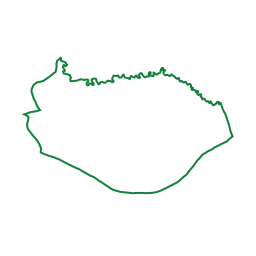 Atsaphone, Savannakhét, Laos (Mercator projection), rotated 8°
{"feature_id": "54806243B37030800305867", "entity_name": "Atsaphone", "entity_type": "district", "adm_level": 2, "iso_a3": "LAO", "parent_name": "Laos", "parent_adm1": "Savannakhét", "projection": "mercator", "projection_center": [105.412, 16.945], "detail": "fine", "context": "isolated", "style": "outline", "palette": "green", "viewbox_px": 256, "rotation_deg": 8, "n_neighbors": 0, "source": "geoboundaries", "source_scale": "gbopen_adm2", "svg_char_len": 5505}
<svg xmlns="http://www.w3.org/2000/svg" viewBox="0 0 256 256"><g transform="rotate(8 128 128)"><path d="M149.9,190.5L156.3,189.8L161.1,188.8L163.3,188.2L165.5,187.4L168.4,185.9L173.9,182.3L183.7,175.4L185.0,174.3L186.3,173.0L188.1,170.6L189.9,168.5L191.4,167.1L192.4,165.9L193.3,164.5L194.3,162.5L197.9,156.7L201.0,150.8L201.7,149.7L202.7,148.6L203.6,147.1L205.0,144.9L205.3,144.2L210.7,139.7L214.1,137.5L216.4,135.3L221.0,132.1L222.6,130.9L227.2,127.9L228.4,126.9L229.3,125.4L232.7,121.8L229.8,116.6L229.1,114.6L227.5,110.7L222.7,100.9L220.9,98.7L218.8,95.4L217.5,92.6L216.7,91.9L216.6,91.7L216.4,90.5L215.9,90.6L215.2,91.5L214.8,91.6L214.6,91.5L214.6,91.3L215.0,90.3L214.9,90.0L214.0,89.7L213.4,89.7L212.7,89.9L212.5,90.1L212.3,90.4L212.4,90.9L212.3,91.2L211.4,91.8L211.3,92.4L210.0,93.1L209.1,93.7L208.8,93.6L208.4,92.8L207.1,91.7L206.3,90.2L206.1,90.1L205.7,90.3L205.6,90.7L205.5,91.7L205.3,91.9L205.1,91.8L204.7,91.5L204.0,90.7L203.4,90.3L202.8,90.4L202.2,90.9L201.8,90.8L200.9,90.0L200.1,89.0L199.5,88.5L199.0,88.4L198.6,88.6L197.9,89.2L197.6,89.2L197.3,88.8L197.2,87.8L197.1,87.6L196.9,87.5L196.2,87.2L195.6,86.8L195.5,86.3L195.7,85.2L195.9,84.7L195.3,84.5L194.1,84.7L193.8,84.9L193.5,85.4L193.3,85.5L192.4,85.1L191.8,84.6L191.8,84.1L191.9,83.6L192.5,82.6L192.4,82.2L192.3,81.9L192.0,81.8L191.3,82.1L190.6,82.9L190.3,83.0L190.0,82.8L189.9,82.6L189.9,81.6L189.8,81.4L187.7,80.9L187.4,80.9L186.9,81.3L186.4,81.5L186.1,81.5L185.8,81.2L185.7,81.1L185.7,80.8L186.6,79.6L186.6,79.2L186.4,79.0L186.2,79.0L185.6,79.4L185.4,79.4L184.7,78.9L184.5,78.3L184.6,77.4L184.4,77.0L183.8,76.2L183.1,75.7L182.6,75.8L181.5,76.7L181.0,76.6L180.2,76.1L179.4,74.9L178.9,74.4L178.3,74.5L177.8,74.6L177.1,75.2L176.9,75.2L176.5,75.1L174.5,74.0L174.3,74.0L173.9,74.6L173.7,74.7L173.1,74.5L172.5,74.2L172.3,73.5L171.7,73.0L171.6,72.6L171.5,71.7L171.4,71.5L170.8,71.5L170.0,72.4L169.8,72.4L169.4,72.3L168.7,72.0L167.7,71.4L167.1,70.7L166.2,70.2L165.6,70.0L164.5,69.8L164.1,69.1L163.8,68.9L163.5,68.9L163.4,69.0L163.0,69.8L162.4,70.2L161.9,70.8L160.2,70.1L159.7,70.0L159.1,70.1L157.8,70.6L157.6,70.6L157.1,70.5L155.8,69.2L155.5,68.7L155.4,68.0L155.6,67.5L156.0,66.7L156.6,66.1L156.6,65.7L156.3,65.5L154.5,66.0L154.0,65.8L153.9,65.3L154.6,64.1L154.5,63.8L154.1,63.7L153.5,63.9L153.2,64.1L152.9,64.4L152.6,65.2L152.3,66.2L152.3,67.1L152.4,67.7L152.3,68.4L151.7,69.0L150.2,70.0L149.4,71.0L148.9,71.2L148.3,71.1L147.4,70.7L146.2,69.6L145.6,69.6L145.6,70.0L146.1,70.8L146.1,71.1L145.7,72.2L145.9,72.9L145.6,73.1L144.8,73.3L144.1,73.2L143.4,72.9L142.8,72.5L142.7,72.2L142.6,71.7L142.8,70.6L142.8,70.1L142.6,69.8L142.1,69.6L141.7,69.8L141.2,70.3L140.9,71.1L141.0,72.5L141.6,73.7L141.6,73.9L141.4,74.0L140.9,74.2L139.4,74.4L138.1,75.3L137.8,75.4L137.4,75.4L136.8,75.1L135.6,73.9L134.7,73.2L134.0,72.0L133.7,71.9L133.2,71.9L132.5,72.3L132.3,72.8L131.6,73.3L131.4,73.6L131.5,74.2L131.8,74.8L132.9,76.1L132.7,76.6L132.2,76.9L131.6,77.0L130.6,76.7L129.9,76.2L129.6,75.7L129.4,75.0L129.1,74.9L128.6,75.0L128.2,75.3L127.8,76.1L127.6,77.0L127.2,77.1L126.8,77.1L125.0,76.7L124.5,76.5L124.1,76.1L123.8,76.1L123.6,76.2L123.3,76.7L123.1,79.1L122.8,79.3L122.2,79.1L121.5,78.7L118.0,78.4L117.5,78.1L116.6,76.1L116.2,75.8L115.5,76.2L115.2,76.6L114.9,77.8L114.6,78.5L114.1,78.9L113.3,79.2L112.5,79.2L111.6,78.9L111.3,78.3L111.3,77.8L111.0,77.6L110.0,77.6L108.5,78.2L108.0,78.2L106.8,78.1L106.6,78.1L106.2,78.7L105.4,81.4L106.0,82.4L106.8,83.3L107.3,83.9L107.1,84.2L106.6,84.6L106.1,84.8L105.7,84.8L105.2,84.6L104.9,84.3L104.4,84.0L103.8,83.9L103.4,83.9L102.7,84.2L101.3,84.0L101.0,84.3L99.8,85.9L99.1,86.4L97.8,86.5L96.0,86.0L95.4,86.1L94.1,86.7L93.9,87.1L93.9,87.7L93.8,88.2L93.6,88.4L93.1,88.7L92.6,88.7L92.2,88.3L91.3,87.0L90.3,86.0L89.6,84.2L89.3,83.7L88.9,83.6L87.2,83.8L86.4,84.2L85.2,85.1L85.2,85.6L85.9,86.7L87.2,88.0L87.9,89.0L88.0,89.5L87.9,89.9L87.6,90.2L87.4,90.3L86.7,90.3L85.7,89.4L84.8,89.1L84.3,89.0L83.8,89.3L83.6,89.5L83.4,89.8L83.0,91.0L82.7,91.2L82.2,91.4L81.8,91.3L81.3,91.0L81.1,90.8L80.9,90.4L81.0,88.7L81.1,88.4L82.1,87.8L82.2,87.6L82.2,87.3L82.0,86.6L81.7,85.9L81.6,85.7L81.2,85.6L80.0,85.8L78.3,86.5L75.0,86.3L73.1,86.8L72.4,87.4L69.6,88.6L64.8,89.6L64.6,89.4L64.1,88.7L63.9,88.2L64.0,87.6L64.5,86.7L64.5,86.1L64.3,85.8L63.5,84.9L63.4,84.5L63.4,84.1L63.3,83.8L61.8,83.6L60.8,83.3L60.0,83.3L58.9,83.0L56.9,83.0L56.4,82.6L55.8,81.0L56.0,80.8L56.9,80.6L57.2,80.4L57.4,80.0L57.4,79.6L56.9,78.8L55.5,77.6L55.1,77.0L55.0,76.5L55.2,75.6L55.5,74.6L55.8,74.4L56.9,75.4L57.3,75.6L57.5,75.5L57.9,75.2L58.5,74.5L58.9,73.9L58.9,73.7L57.7,72.9L56.9,71.8L56.6,71.6L56.0,71.4L53.2,71.0L52.4,70.7L52.1,70.2L52.1,68.6L51.9,68.3L51.3,67.9L49.9,69.7L48.6,71.2L48.1,74.5L48.8,77.1L48.6,82.3L43.2,88.0L37.5,93.3L31.4,95.6L28.5,98.5L27.3,102.6L27.2,104.4L27.7,106.1L28.4,107.4L29.0,109.0L29.9,110.6L30.7,112.3L32.5,114.6L34.7,118.6L36.5,120.7L38.3,122.6L34.3,124.3L29.3,125.9L25.4,127.9L23.3,128.9L25.8,129.7L27.0,130.2L28.1,131.2L28.0,133.9L27.5,138.3L28.2,141.0L29.3,143.2L32.7,146.5L34.9,148.8L38.2,151.6L40.8,154.1L43.1,157.4L44.9,160.7L44.8,162.8L45.0,164.3L46.6,164.9L49.7,165.7L51.1,165.9L52.5,166.3L54.6,166.7L58.9,167.4L63.8,168.6L66.3,169.4L71.4,171.3L76.2,172.9L77.4,173.2L79.1,173.9L85.9,175.8L88.9,177.1L91.2,178.0L96.2,180.0L97.7,180.6L99.8,181.0L101.7,181.6L102.1,181.9L105.0,183.4L106.5,184.3L109.2,185.3L113.3,187.4L117.7,189.5L118.1,189.6L119.4,190.4L120.7,190.9L124.3,191.7L126.4,191.8L128.5,192.3L130.4,192.3L138.6,192.0L141.0,192.0L142.9,191.7L144.9,191.2L149.9,190.5Z" fill="none" stroke="#15803d" stroke-width="2"/></g></svg>